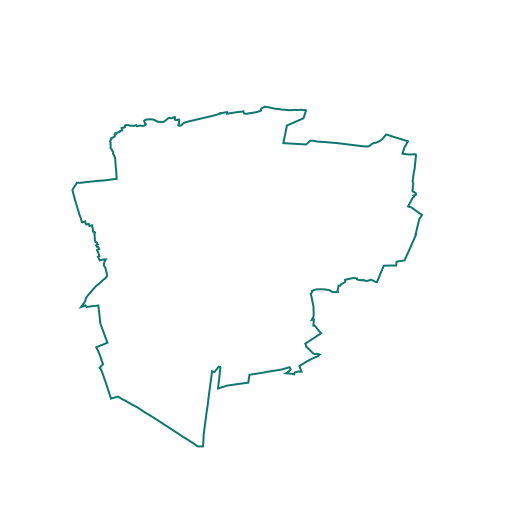 Chau Thanh, Sóc Trăng, Vietnam (Equal Earth projection), rotated 252°
{"feature_id": "81297802B53741861263416", "entity_name": "Chau Thanh", "entity_type": "district", "adm_level": 2, "iso_a3": "VNM", "parent_name": "Vietnam", "parent_adm1": "Sóc Trăng", "projection": "equal_earth", "projection_center": [105.914, 9.671], "detail": "fine", "context": "isolated", "style": "outline", "palette": "teal", "viewbox_px": 512, "rotation_deg": 252, "n_neighbors": 0, "source": "geoboundaries", "source_scale": "gbopen_adm2", "svg_char_len": 6123}
<svg xmlns="http://www.w3.org/2000/svg" viewBox="0 0 512 512"><g transform="rotate(252 256 256)"><path d="M419.2,167.7L416.8,167.4L416.7,164.7L416.2,164.6L416.2,160.2L415.1,160.2L415.0,159.0L414.2,159.0L413.5,158.7L413.2,158.0L412.9,156.5L412.6,155.7L412.9,155.5L412.5,154.5L412.3,154.4L411.8,154.4L411.4,154.1L411.2,153.5L410.7,153.2L410.1,152.5L409.8,152.5L409.4,152.7L408.5,152.7L407.2,152.2L405.9,151.9L405.0,151.5L403.4,151.0L401.7,151.7L400.0,151.9L399.6,152.2L399.0,152.4L398.6,152.3L398.2,152.1L397.9,151.7L397.4,151.6L396.9,151.7L396.2,152.0L394.9,152.1L393.5,152.1L393.4,152.3L392.0,152.1L382.6,149.8L379.9,149.3L374.3,147.8L372.4,147.2L373.6,141.5L374.4,136.7L376.2,129.2L377.6,122.8L379.8,112.0L380.2,110.5L381.0,108.3L379.6,106.8L378.5,105.2L375.5,101.8L370.9,101.5L367.7,101.4L366.0,101.2L354.2,101.0L350.6,100.8L345.8,101.1L341.9,100.8L341.5,102.3L341.7,104.2L340.2,104.0L338.9,104.1L338.8,104.8L338.2,105.0L338.1,106.9L336.9,106.9L336.0,106.9L335.9,108.6L335.8,109.7L334.5,109.2L332.9,109.3L329.7,108.5L329.5,109.1L329.0,109.7L328.6,110.0L328.0,110.1L328.0,109.4L326.6,109.2L324.9,108.7L322.8,108.2L321.9,107.9L319.3,107.5L318.5,108.3L317.9,108.7L317.3,108.9L316.3,108.9L315.8,109.1L315.6,107.3L314.0,107.5L313.2,108.7L311.2,109.1L310.8,106.6L307.8,107.0L304.4,107.1L304.2,105.5L300.1,106.0L299.8,110.1L299.2,112.2L297.7,110.5L296.6,109.6L295.9,109.1L294.4,108.5L293.9,108.4L291.9,109.0L290.6,109.0L283.9,108.6L283.1,108.1L282.4,107.4L281.2,105.5L280.6,103.6L279.6,101.3L278.4,98.8L277.5,96.6L277.1,95.1L273.7,89.2L271.2,85.2L270.3,83.6L268.6,81.4L268.1,81.0L267.1,80.5L265.6,79.4L264.6,78.1L261.6,73.9L261.6,76.9L261.8,78.5L259.9,79.1L259.1,83.4L257.6,90.8L253.6,89.9L244.0,88.0L241.8,87.4L239.6,87.1L219.4,87.9L218.6,75.9L213.1,76.7L208.9,76.9L204.5,76.9L200.4,77.1L197.9,72.6L197.6,72.7L196.9,73.3L194.7,73.6L191.6,73.8L184.8,73.9L183.3,74.0L165.2,74.0L165.0,81.2L161.5,84.2L157.9,87.8L152.7,92.4L148.5,96.6L141.6,102.0L135.3,107.5L129.4,112.3L119.3,120.5L114.5,124.3L110.2,127.9L109.1,128.6L103.4,133.4L102.7,134.1L92.9,141.8L91.3,146.7L95.3,148.4L102.2,151.0L121.4,160.1L127.1,163.0L137.6,167.9L159.9,178.6L158.5,180.6L162.1,186.1L161.9,186.2L161.9,186.7L161.6,187.6L161.3,187.7L160.6,187.5L149.6,182.6L147.8,181.7L141.7,178.9L141.7,188.1L139.7,199.9L137.9,209.5L144.9,213.0L144.8,214.7L144.3,217.9L142.9,226.6L142.4,230.8L140.1,245.2L140.0,249.3L139.8,253.6L137.3,253.9L135.5,249.9L135.2,248.3L133.6,252.1L133.1,253.2L131.7,255.6L132.5,256.0L133.2,256.9L133.3,257.2L133.1,259.0L133.2,260.4L132.5,261.7L132.2,262.4L131.9,263.6L135.8,263.3L137.8,263.3L138.4,265.0L138.7,266.5L139.9,271.2L140.9,276.5L141.6,283.4L142.2,285.6L142.5,286.2L143.1,285.5L143.8,284.5L144.3,283.4L144.5,282.0L144.7,281.3L145.4,280.5L145.8,280.2L153.2,276.4L154.1,275.7L156.4,275.9L157.4,275.8L158.8,281.0L162.4,294.1L166.2,292.3L169.4,291.2L172.0,290.0L172.1,289.1L177.0,291.1L177.9,291.4L178.0,289.3L178.7,290.0L180.2,291.5L181.4,292.4L181.9,292.6L190.0,295.0L198.7,296.0L203.0,296.4L204.4,298.2L205.5,298.5L205.7,301.2L205.5,303.2L205.2,304.7L204.8,306.0L203.1,310.8L201.0,314.9L200.4,315.6L198.5,317.3L198.0,317.9L197.2,319.9L196.9,321.2L196.6,322.8L197.8,322.8L200.1,324.2L202.3,325.3L201.7,327.0L202.9,328.2L203.2,330.4L203.7,332.6L203.7,332.8L204.3,333.0L205.8,333.3L205.5,337.4L205.0,341.5L204.9,342.0L204.4,343.3L203.4,345.1L202.7,344.8L201.9,345.8L201.4,346.4L200.9,347.6L200.8,348.4L200.5,348.4L200.2,348.8L200.1,349.6L200.1,350.4L199.9,350.9L199.6,351.3L199.0,351.5L198.9,352.1L198.1,353.5L197.9,354.2L197.9,355.8L198.0,357.4L197.9,358.0L197.8,358.3L197.5,358.7L195.5,360.6L194.4,361.7L194.1,362.2L193.7,363.0L194.2,363.3L197.7,366.3L207.3,374.5L207.0,375.5L204.9,382.5L203.6,386.3L207.1,388.0L207.1,388.5L206.9,390.1L205.9,395.9L210.5,400.0L213.1,402.5L227.0,414.9L227.3,414.5L240.0,422.3L241.1,423.3L243.7,426.6L247.5,423.7L254.2,418.8L255.3,417.1L256.2,416.0L261.7,421.7L262.7,422.7L263.9,425.0L264.8,424.6L264.8,427.1L265.7,427.3L266.5,427.3L268.0,426.1L268.8,425.2L269.5,424.9L269.9,425.0L271.5,425.9L274.3,427.0L275.9,427.9L277.0,428.1L278.4,428.0L278.8,428.1L281.4,429.4L283.2,430.2L286.3,431.7L289.9,433.8L299.5,438.0L302.0,439.1L303.0,439.4L303.3,439.3L303.5,439.0L305.3,432.7L307.4,428.2L308.1,426.9L313.0,430.4L318.1,436.0L327.7,422.4L331.1,417.9L331.2,417.6L331.3,417.4L331.1,417.0L330.7,416.2L329.3,414.2L328.1,412.1L327.3,409.9L327.1,409.0L326.8,407.3L326.7,405.6L327.0,402.5L326.7,400.7L326.0,398.9L325.7,398.0L325.6,397.1L325.7,395.8L327.5,391.2L338.0,368.7L343.1,356.7L345.6,350.2L347.8,346.3L348.8,343.7L348.8,343.0L346.6,338.1L354.9,316.9L369.1,324.9L370.5,325.6L372.3,343.6L374.1,345.1L375.9,346.3L378.9,348.6L379.6,347.8L380.3,345.4L381.2,344.1L381.8,340.9L383.2,337.5L383.6,335.3L384.7,331.8L386.4,328.3L387.1,326.1L388.9,322.9L389.9,320.1L391.1,318.1L392.4,315.8L393.9,313.4L394.8,311.2L395.2,310.8L395.3,310.5L394.7,307.1L394.5,306.7L394.0,306.1L393.2,305.8L392.9,305.7L392.7,305.6L392.6,305.4L392.7,300.4L393.1,297.8L393.7,294.7L394.1,291.3L394.3,290.5L395.4,288.6L397.5,288.7L397.8,286.4L398.7,282.2L399.1,279.6L400.3,272.5L401.8,272.9L402.2,270.2L402.5,266.5L402.9,266.5L402.9,265.8L402.4,265.9L402.5,262.3L402.8,256.8L404.7,234.6L405.0,230.0L404.8,228.4L404.6,227.7L404.3,226.9L403.4,225.6L403.5,224.0L403.6,223.2L403.9,222.7L404.2,222.4L404.5,222.5L405.7,223.5L406.4,224.0L408.8,224.9L409.6,224.8L409.8,224.4L409.8,222.7L410.0,221.9L410.2,221.5L410.5,221.1L410.9,221.0L411.7,221.3L412.7,221.8L413.0,221.8L413.3,221.7L413.3,221.4L413.3,220.6L413.0,218.8L413.1,218.2L414.1,216.4L414.2,215.8L414.1,215.0L413.2,212.8L412.5,210.7L412.3,209.8L412.2,208.9L413.9,204.2L414.5,203.8L415.6,202.4L416.8,201.5L418.2,199.1L419.2,195.8L419.5,194.3L419.6,192.8L419.4,191.9L419.1,191.4L418.5,191.3L416.5,191.4L415.9,191.9L415.3,192.0L415.0,191.8L414.7,191.3L414.7,190.6L414.6,190.1L414.7,189.3L414.6,188.2L414.7,187.8L415.7,186.8L416.0,185.1L416.0,183.5L416.3,182.8L417.0,182.8L417.5,182.4L417.5,180.0L417.8,179.1L418.2,178.5L418.4,177.4L419.7,175.3L420.5,173.4L420.7,171.9L420.5,171.6L420.2,171.5L419.7,171.5L419.0,171.2L419.0,169.9L419.2,167.7Z" fill="none" stroke="#0f766e" stroke-width="2"/></g></svg>